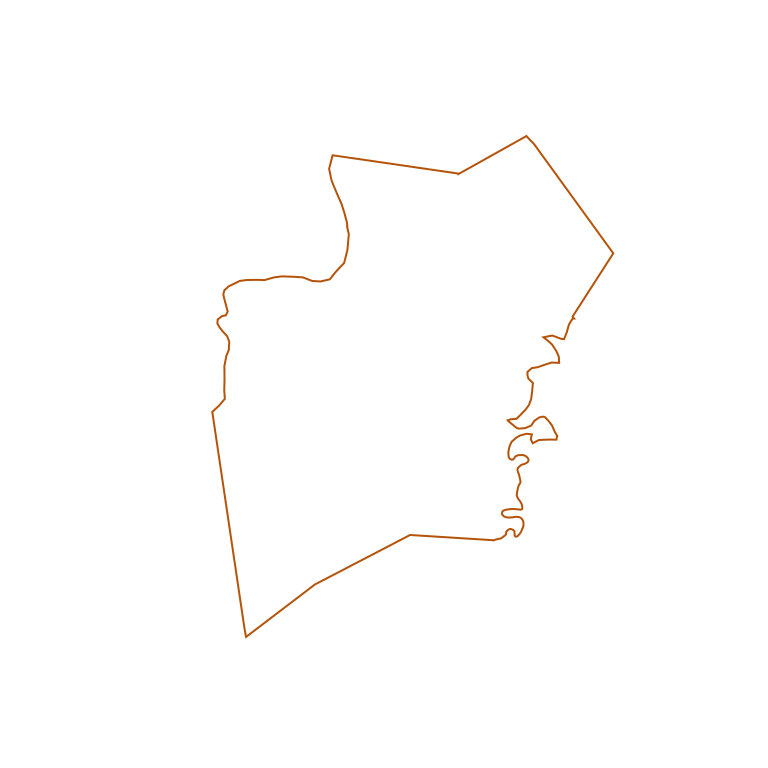 Forest Reserve, Dennery, Saint Lucia, rotated 137°
{"feature_id": "8701671B45291890821133", "entity_name": "Forest Reserve", "entity_type": "district", "adm_level": 2, "iso_a3": "LCA", "parent_name": "Saint Lucia", "parent_adm1": "Dennery", "projection": "albers", "projection_center": [-60.931, 13.977], "detail": "fine", "context": "isolated", "style": "outline", "palette": "amber", "viewbox_px": 768, "rotation_deg": 137, "n_neighbors": 0, "source": "geoboundaries", "source_scale": "gbopen_adm2", "svg_char_len": 5986}
<svg xmlns="http://www.w3.org/2000/svg" viewBox="0 0 768 768"><g transform="rotate(137 384 384)"><path d="M657.4,293.1L571.2,284.5L467.9,255.8L410.7,195.3L410.6,194.9L409.8,194.7L409.4,194.5L408.7,194.2L408.1,193.8L407.4,193.5L407.0,193.3L406.2,192.8L405.9,192.6L405.3,192.3L405.1,192.1L404.7,191.8L404.4,191.6L404.1,191.5L403.8,191.4L403.0,191.2L402.2,191.1L401.6,191.0L400.2,190.9L399.6,190.8L398.9,190.7L398.4,190.7L398.1,190.7L397.7,190.8L397.4,190.9L397.2,191.1L396.5,191.7L396.2,191.9L395.9,192.1L395.6,192.3L395.3,192.5L394.8,192.6L394.5,192.7L394.3,192.7L393.2,192.7L392.6,192.6L392.3,192.6L392.0,192.5L391.5,192.4L391.2,192.3L391.1,192.2L390.5,191.8L390.3,191.6L390.1,191.3L389.8,190.9L389.7,190.6L389.6,190.4L389.5,190.2L389.3,189.7L389.2,189.2L389.0,188.5L389.0,188.1L389.0,187.8L389.0,187.5L389.2,187.2L389.3,186.9L389.8,186.4L390.1,186.1L390.7,185.4L390.9,185.1L391.4,184.6L391.7,184.3L391.8,184.0L391.9,183.7L391.9,183.2L391.9,182.9L391.8,182.7L391.7,182.5L391.5,182.3L391.4,182.2L391.1,182.0L391.0,181.9L390.8,181.9L390.3,181.7L390.0,181.7L389.3,181.7L388.5,181.7L388.4,181.8L387.8,181.8L387.3,181.8L387.0,181.9L386.7,181.9L386.3,182.0L385.8,182.1L385.2,182.3L384.9,182.4L383.7,182.8L383.3,183.0L382.9,183.2L382.4,183.5L381.7,183.7L381.6,183.8L381.2,183.9L380.2,184.3L379.9,184.5L379.4,184.8L379.0,185.1L378.5,185.4L378.0,185.9L377.4,186.6L376.7,187.4L376.0,188.3L375.9,188.6L375.7,188.9L375.6,189.4L375.5,189.7L375.3,190.5L375.3,190.9L375.2,191.5L375.2,191.8L375.2,192.0L375.2,192.3L375.3,192.8L375.4,193.0L375.5,193.4L375.7,194.0L376.0,194.5L376.4,195.0L376.6,195.3L377.3,196.0L377.6,196.4L377.9,196.7L378.4,197.1L378.8,197.4L379.4,197.8L380.0,198.2L380.3,198.4L381.0,198.9L381.8,199.6L382.4,200.0L382.6,200.2L383.2,200.7L383.3,200.7L383.4,200.8L383.9,201.4L384.4,201.9L385.0,202.6L385.2,202.8L385.4,203.1L385.7,203.6L385.9,204.1L386.0,204.2L386.4,205.0L386.6,205.4L386.6,205.5L386.6,206.4L386.6,206.7L386.6,207.4L386.5,207.7L386.4,208.2L386.2,208.6L385.9,209.0L385.5,209.3L385.2,209.5L384.9,209.7L384.7,209.7L384.3,209.9L383.9,209.9L383.6,210.0L383.2,210.0L383.1,209.9L382.8,209.9L382.4,209.7L382.1,209.6L381.2,209.2L380.4,208.8L380.0,208.5L379.6,208.2L378.6,207.5L377.7,206.9L377.5,206.7L376.0,205.6L375.8,205.4L375.0,204.7L374.2,203.9L373.7,203.3L373.5,203.2L373.0,202.6L372.9,202.5L372.1,201.7L371.8,201.2L371.0,200.4L370.9,200.2L370.5,199.8L370.1,199.2L369.8,199.0L369.5,198.8L369.4,198.7L369.2,198.6L368.7,198.4L368.4,198.4L368.1,198.4L367.8,198.6L367.4,199.0L367.2,199.2L366.8,199.7L366.5,200.1L366.4,200.2L365.9,201.0L365.5,201.8L365.3,202.2L365.2,202.5L364.9,203.2L364.9,203.5L364.6,204.4L364.5,205.4L364.4,206.0L364.3,206.7L364.3,207.0L364.3,207.7L364.2,208.2L364.1,208.6L364.0,209.0L363.9,209.4L363.8,209.8L363.6,210.6L363.4,211.1L363.2,211.4L363.1,211.7L362.9,211.9L362.7,212.1L362.4,212.5L362.2,212.7L361.6,213.1L361.2,213.4L360.8,213.8L360.4,214.1L360.0,214.4L359.6,214.7L358.1,215.8L357.6,216.1L356.8,216.6L356.2,217.1L355.6,217.5L355.1,217.7L354.5,217.9L354.0,218.1L352.1,218.7L351.7,218.8L351.3,219.1L351.0,219.2L350.8,219.5L350.7,219.6L350.3,220.2L349.6,221.3L349.4,221.7L348.8,222.6L348.6,223.0L348.1,223.8L347.6,224.7L347.0,225.9L346.7,226.6L346.6,226.8L346.5,227.1L346.3,227.6L346.2,228.0L345.9,228.5L345.6,229.1L345.3,229.6L344.7,230.3L344.5,230.5L344.3,230.7L344.0,230.8L343.4,231.1L343.1,231.2L343.0,231.3L341.5,231.3L341.2,231.3L340.9,231.3L340.5,231.3L340.0,231.3L339.5,231.3L338.9,231.2L338.7,231.1L338.3,231.0L337.8,230.8L337.5,230.6L336.3,230.0L335.9,229.8L335.4,229.6L334.8,229.4L334.5,229.3L334.0,229.2L333.8,229.1L333.7,229.1L333.4,229.0L333.0,229.0L332.8,229.0L332.3,229.0L332.1,229.0L331.6,229.1L331.3,229.1L331.1,229.2L330.6,229.4L330.4,229.6L330.0,230.0L329.9,230.2L329.7,230.4L329.6,230.7L329.5,231.2L329.4,231.7L329.4,232.0L329.3,232.7L329.4,233.6L329.4,234.0L329.7,234.9L329.9,235.5L330.0,235.8L330.4,236.6L330.6,237.0L331.1,237.5L331.5,237.9L331.7,238.0L332.0,238.4L332.3,238.6L333.2,239.4L333.7,239.8L333.9,240.0L334.1,240.2L334.6,240.5L334.8,240.6L335.1,240.7L335.8,240.9L336.5,241.2L336.9,241.3L337.1,241.3L338.2,241.3L338.5,241.2L338.8,241.1L339.4,240.9L339.7,240.8L339.9,240.8L340.4,240.8L341.0,240.9L341.3,240.9L341.7,241.1L341.9,241.3L342.2,241.5L342.3,241.7L342.5,242.0L342.6,242.3L342.7,242.6L342.8,243.0L342.9,243.4L342.9,244.0L342.9,244.4L342.9,244.5L342.8,244.9L342.7,245.2L342.6,245.5L342.4,245.8L342.2,246.1L342.1,246.3L341.6,246.9L341.1,247.5L340.5,248.2L340.2,248.5L340.1,248.8L339.8,249.2L334.5,252.9L330.1,254.7L323.5,254.5L319.5,253.5L313.6,250.3L310.2,246.3L314.3,243.6L315.6,239.2L308.9,237.4L301.3,230.9L295.9,225.7L292.7,227.9L291.8,232.3L289.4,239.1L288.8,245.0L288.9,250.3L290.3,252.0L293.4,253.7L299.1,254.5L304.6,253.2L310.7,255.4L315.5,259.1L316.9,261.1L317.7,266.8L318.1,270.0L318.4,272.0L318.3,273.1L315.3,271.7L310.9,268.2L305.2,268.3L298.2,268.7L292.5,269.7L286.7,272.6L281.1,277.2L276.1,281.7L274.4,283.1L274.7,289.5L273.1,292.6L270.8,295.0L265.0,294.8L260.2,291.5L252.7,288.2L246.7,285.3L241.5,280.0L237.5,284.8L235.5,290.6L234.2,298.1L234.4,302.2L235.5,309.4L227.9,304.7L223.5,296.0L221.7,294.0L215.0,297.2L208.8,301.0L206.8,301.8L201.5,303.2L200.3,302.2L200.1,304.7L127.2,323.2L110.6,457.4L110.8,467.8L110.7,468.2L186.5,486.8L186.2,487.3L265.6,586.3L277.4,578.8L283.3,569.1L285.3,564.1L288.8,554.6L292.3,544.5L296.6,535.5L300.8,527.7L303.1,524.5L303.6,524.4L307.6,517.5L319.2,507.1L325.3,503.1L330.6,499.7L339.1,499.2L344.4,498.7L352.2,497.5L360.5,502.3L366.2,508.3L370.6,517.3L376.9,524.0L385.2,532.3L391.6,536.9L400.7,541.6L403.8,544.8L407.4,548.2L413.5,553.7L419.3,557.8L423.7,559.1L431.1,561.4L436.7,561.4L440.2,559.3L442.2,556.2L443.5,553.7L448.9,543.6L452.8,542.1L456.4,544.2L461.6,544.6L464.6,541.9L465.6,537.7L466.1,532.3L466.1,525.9L468.4,520.4L468.8,520.0L474.2,514.8L479.9,512.2L483.5,509.6L488.5,506.0L492.3,501.8L498.3,495.3L503.8,489.7L505.5,487.9L506.3,486.9L510.5,481.7L519.3,480.7L528.6,480.7L653.0,300.0L657.4,293.1Z" fill="none" stroke="#b45309" stroke-width="2"/></g></svg>